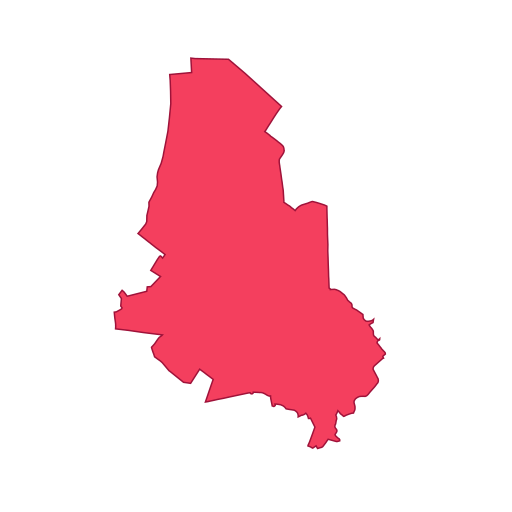 1er Arrondissement, Analamanga, Madagascar (orthographic projection), rotated 33°
{"feature_id": "10022922B83786714905046", "entity_name": "1er Arrondissement", "entity_type": "district", "adm_level": 2, "iso_a3": "MDG", "parent_name": "Madagascar", "parent_adm1": "Analamanga", "projection": "orthographic", "projection_center": [47.52, -18.904], "detail": "fine", "context": "isolated", "style": "filled", "palette": "rose", "viewbox_px": 512, "rotation_deg": 33, "n_neighbors": 0, "source": "geoboundaries", "source_scale": "gbopen_adm2", "svg_char_len": 6152}
<svg xmlns="http://www.w3.org/2000/svg" viewBox="0 0 512 512"><g transform="rotate(33 256 256)"><path d="M288.3,175.6L288.1,175.6L285.5,176.0L281.0,177.2L277.5,178.2L273.7,179.5L273.4,179.8L272.9,180.3L272.6,180.7L272.2,181.3L271.7,181.9L271.5,182.2L271.3,182.5L270.7,183.4L266.7,188.2L265.9,189.5L265.0,191.5L264.5,193.3L264.2,194.7L264.2,195.5L264.1,196.6L263.3,196.5L261.9,196.3L260.5,196.2L260.2,196.2L259.3,196.2L258.2,195.9L256.7,195.8L254.6,195.9L252.7,195.8L250.9,195.8L250.5,195.8L250.1,195.8L249.3,194.5L248.3,193.2L247.2,191.7L246.1,190.2L244.9,188.6L243.3,186.4L242.1,185.0L241.0,183.8L237.7,179.9L235.8,177.8L234.0,175.7L232.8,174.3L231.3,172.6L230.0,171.1L228.2,169.1L226.5,167.1L225.4,165.9L224.4,164.7L223.6,163.5L222.9,162.1L222.9,160.7L223.0,157.9L223.0,156.1L222.9,154.3L222.6,153.2L222.2,152.2L221.5,151.5L220.8,150.6L219.8,149.7L219.0,149.2L216.9,148.7L214.7,148.4L212.8,148.3L211.5,148.1L210.4,148.0L207.9,147.8L204.9,147.6L202.8,147.6L202.2,147.3L200.8,147.2L198.8,147.0L195.6,146.9L195.7,145.3L195.6,140.7L195.6,136.7L195.5,130.8L195.5,125.9L195.6,122.1L195.7,119.4L196.0,116.7L147.4,108.8L125.8,106.0L97.4,123.6L93.6,125.5L102.1,137.2L87.6,148.6L84.8,150.8L88.5,155.6L94.6,164.3L101.6,174.7L108.3,187.6L114.2,199.4L118.7,210.5L122.3,219.5L123.8,223.0L126.0,229.9L127.2,236.8L128.2,239.9L129.9,243.5L133.2,247.7L135.0,251.1L135.6,255.1L135.7,258.5L136.4,263.1L136.9,269.2L139.2,272.6L141.2,278.0L142.4,281.4L145.6,286.6L146.1,289.2L145.6,294.6L144.9,300.9L144.8,301.4L167.6,303.5L169.6,303.6L174.3,303.9L178.9,304.3L178.9,305.5L178.9,306.3L178.8,308.6L176.0,307.9L175.3,308.8L175.2,312.8L175.6,325.4L187.1,325.2L184.5,338.9L181.6,341.1L183.6,345.1L169.9,359.9L167.0,358.8L164.7,358.0L162.4,357.7L162.1,361.5L162.0,363.2L166.3,365.0L169.8,371.6L171.8,372.4L172.1,373.3L171.6,374.6L169.3,378.9L167.7,380.3L169.2,382.2L170.4,383.7L171.8,385.4L173.3,387.1L174.5,388.5L175.4,389.6L176.2,390.8L176.9,391.8L177.5,392.9L177.9,393.6L189.4,387.9L203.3,381.5L219.7,373.5L220.5,373.1L220.4,373.8L219.2,377.0L219.0,378.7L218.9,381.5L218.8,385.0L218.3,388.2L218.1,389.1L218.1,389.5L219.2,390.5L221.8,392.6L223.6,393.9L225.9,395.8L226.8,395.8L229.7,396.0L232.8,396.1L235.5,396.5L245.6,399.6L246.6,399.6L264.0,401.4L270.5,398.4L270.4,381.6L271.7,381.7L275.5,381.9L278.8,382.2L282.1,382.4L287.3,382.8L288.7,388.6L290.9,397.3L293.1,406.0L295.1,404.2L296.1,403.1L299.2,400.0L302.0,397.1L306.1,393.2L310.7,388.5L315.3,383.9L318.5,380.7L320.3,378.9L322.3,376.9L323.6,375.6L325.4,373.9L325.6,374.0L326.0,374.2L326.4,374.3L326.9,374.2L327.3,374.1L327.6,373.9L327.9,373.6L328.1,373.2L328.2,372.7L328.2,372.2L327.9,371.7L332.3,369.1L333.3,368.6L334.7,367.7L335.6,367.3L336.7,367.0L338.2,366.8L339.6,366.7L341.0,366.7L342.5,366.5L343.7,366.1L344.1,365.6L344.4,365.4L344.6,365.7L345.6,367.1L349.6,371.2L350.3,371.9L350.7,372.3L351.2,372.9L351.6,372.8L352.0,372.7L352.4,372.7L353.0,372.4L353.3,371.7L353.5,371.0L353.3,370.3L352.6,369.9L353.9,369.0L357.7,367.3L359.6,367.0L360.6,366.9L361.7,367.0L362.8,367.2L364.5,367.8L365.4,367.4L365.9,367.2L367.6,366.5L369.5,365.6L372.0,364.5L373.1,364.4L374.2,364.5L375.0,364.6L375.9,364.9L376.4,365.1L377.4,365.9L378.2,366.7L379.0,368.0L379.5,367.2L380.2,366.0L380.8,364.9L381.8,364.0L382.2,363.4L382.8,362.5L383.1,361.9L383.2,361.3L383.4,360.7L385.4,361.3L386.9,362.3L388.5,363.7L389.1,363.4L390.0,362.3L398.6,367.4L400.3,374.5L402.1,382.4L402.4,384.0L402.7,386.2L403.0,387.0L405.7,386.4L406.9,386.4L407.5,386.3L408.0,386.3L408.2,386.2L408.8,384.8L409.4,383.4L409.8,382.5L410.1,382.7L412.5,383.9L413.8,382.3L415.1,380.9L415.5,380.3L415.8,379.5L415.9,378.6L416.2,374.5L416.2,372.7L416.3,370.4L423.9,368.0L424.9,367.6L425.3,367.2L426.9,365.4L426.3,364.5L425.8,364.3L425.2,364.0L424.9,364.1L423.6,364.0L422.5,363.8L421.2,363.6L420.2,363.2L419.6,362.8L419.5,362.2L419.5,360.3L419.4,359.2L418.9,358.3L418.5,357.9L417.7,357.5L417.0,357.3L416.2,357.0L415.7,356.7L414.9,356.0L414.5,354.9L414.3,354.6L414.3,353.6L413.2,351.0L413.0,350.7L412.7,349.6L412.5,348.9L412.4,348.6L411.3,347.3L410.7,346.7L409.5,345.9L409.5,344.7L409.3,343.1L408.9,341.1L410.8,341.6L412.7,342.3L415.1,342.5L416.8,342.8L417.3,342.3L418.4,340.3L419.5,338.8L420.4,337.6L421.6,336.1L423.1,334.7L423.3,334.6L423.0,333.3L422.8,331.7L422.4,330.5L421.8,329.5L420.9,328.2L419.6,327.0L418.5,326.0L418.0,325.5L417.6,324.8L417.3,324.2L417.2,323.4L417.2,321.6L417.3,321.3L418.0,319.5L418.8,318.2L419.2,317.6L420.5,316.5L423.2,314.7L423.9,314.4L424.8,313.2L425.0,312.7L425.4,311.1L425.7,308.1L426.3,304.0L426.7,301.4L426.9,299.4L427.0,297.5L427.1,296.9L427.2,295.9L427.0,295.0L426.6,294.0L426.0,293.3L425.3,292.5L423.8,291.7L422.1,290.7L419.2,289.1L416.0,287.3L415.4,286.4L415.0,285.2L415.0,284.5L415.1,283.6L416.0,280.3L416.9,277.0L418.1,272.8L418.6,272.2L417.2,271.4L417.1,270.3L417.5,269.2L417.9,267.8L417.6,267.4L417.0,266.8L416.2,266.5L415.4,266.3L414.4,266.1L413.0,265.7L411.9,265.5L411.2,265.1L409.9,264.7L408.5,264.2L407.1,263.7L406.1,263.4L405.3,263.1L404.8,262.9L404.6,262.3L404.4,261.9L404.4,261.4L404.5,260.5L404.5,260.1L405.0,259.7L405.3,259.2L405.1,258.5L404.8,258.0L404.7,258.5L404.5,259.0L404.2,259.6L403.9,259.9L401.8,259.4L400.8,259.1L399.8,259.0L398.8,258.9L397.6,258.3L396.5,256.9L395.3,255.1L393.9,254.3L392.2,253.6L390.8,253.3L389.6,252.8L388.4,252.2L389.0,250.6L390.4,248.1L389.5,246.1L389.1,245.1L388.8,246.1L388.5,246.7L387.9,247.6L386.1,249.3L384.7,250.3L383.6,250.7L382.1,250.6L381.2,250.4L380.4,250.0L379.9,249.8L379.6,249.5L377.8,247.2L377.5,246.8L376.9,246.8L375.1,246.7L372.2,246.6L369.7,246.5L368.4,246.7L365.9,246.9L364.9,246.8L364.4,246.4L363.9,245.9L363.2,244.8L362.4,244.2L361.7,243.8L361.0,243.7L359.3,243.6L358.2,243.3L357.2,243.3L356.5,242.9L354.7,241.9L353.0,241.2L352.0,240.8L351.1,240.5L349.9,240.4L348.8,240.3L347.0,240.1L345.7,240.0L344.2,240.1L342.7,240.4L341.5,240.6L340.8,240.9L340.1,241.1L337.3,243.1L336.6,243.7L336.2,243.2L335.9,243.1L335.4,243.1L334.8,243.1L329.6,235.7L327.9,233.4L324.9,229.0L321.1,223.6L320.4,222.6L317.5,218.4L313.4,212.6L310.1,207.3L305.9,201.4L304.0,198.7L301.0,194.1L298.9,191.1L296.1,187.0L294.8,185.2L289.6,177.6L288.3,175.6Z" fill="#f43f5e" stroke="#9f1239" stroke-width="1.5"/></g></svg>